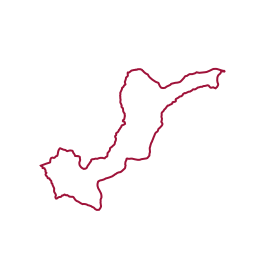 outline of Dungna, Chhukha, Bhutan, rotated 209°
{"feature_id": "84629894B53394150042816", "entity_name": "Dungna", "entity_type": "district", "adm_level": 2, "iso_a3": "BTN", "parent_name": "Bhutan", "parent_adm1": "Chhukha", "projection": "robinson", "projection_center": [89.368, 27.082], "detail": "fine", "context": "isolated", "style": "outline", "palette": "rose", "viewbox_px": 256, "rotation_deg": 209, "n_neighbors": 0, "source": "geoboundaries", "source_scale": "gbopen_adm2", "svg_char_len": 5840}
<svg xmlns="http://www.w3.org/2000/svg" viewBox="0 0 256 256"><g transform="rotate(209 128 128)"><path d="M70.6,205.2L70.3,206.4L70.0,207.1L70.0,209.0L70.1,209.5L70.7,210.4L71.5,211.0L72.0,211.5L73.0,212.8L74.1,215.0L74.4,215.8L74.6,217.4L74.5,218.4L73.9,219.8L73.7,220.7L73.7,221.2L73.9,222.5L73.7,222.9L71.6,223.9L71.1,224.1L71.1,224.4L71.6,224.6L72.1,224.3L73.8,223.8L78.6,222.8L79.7,222.4L81.7,221.2L82.3,220.6L84.4,217.6L86.3,215.2L87.7,214.1L92.4,210.8L95.0,210.0L96.0,208.2L96.8,207.4L97.9,206.3L100.3,204.9L101.1,203.5L101.6,202.3L102.9,201.2L103.2,200.6L103.3,199.1L104.0,196.1L104.5,194.3L104.8,193.7L105.1,193.2L106.7,191.7L108.6,190.4L111.2,188.0L111.7,187.4L111.8,186.5L112.2,185.8L114.3,182.9L114.8,181.7L115.1,181.1L116.7,179.9L118.1,179.4L118.9,179.4L120.6,180.2L123.3,182.2L126.3,181.8L128.8,182.0L130.1,182.1L133.5,182.8L135.0,183.4L136.6,184.4L139.1,184.3L141.6,184.8L142.3,185.2L143.1,185.2L143.9,185.6L144.4,185.6L145.7,185.4L148.0,184.1L148.3,183.8L148.5,183.2L149.5,182.8L149.8,182.3L150.7,181.8L152.8,179.9L153.1,179.2L153.3,178.5L154.2,176.8L155.0,176.5L155.0,176.0L154.4,175.0L153.7,174.1L153.5,173.6L153.5,172.8L154.0,171.8L154.1,171.3L154.1,170.9L153.7,170.0L153.5,169.2L153.1,166.8L152.5,166.0L151.4,165.0L151.4,164.6L152.0,163.4L152.0,161.6L152.5,160.6L152.6,160.0L152.3,159.6L152.1,158.6L151.8,155.0L151.6,154.6L151.1,154.1L150.5,152.3L149.9,151.7L149.3,150.5L148.1,149.0L147.8,148.1L147.2,146.8L146.7,146.3L146.0,145.9L145.2,145.2L144.5,144.7L144.2,143.8L143.7,143.2L143.2,143.0L142.5,143.0L141.7,142.4L140.3,140.3L139.0,139.4L137.9,139.0L137.1,137.6L136.7,137.3L136.5,137.0L136.4,136.3L136.1,135.6L135.6,133.9L135.6,133.5L136.0,132.8L136.1,132.4L136.0,131.9L135.8,131.5L135.5,131.4L134.5,131.6L133.7,131.5L133.2,131.0L132.6,130.2L133.1,129.2L133.8,128.2L134.6,127.4L134.7,127.1L134.7,126.6L134.5,126.1L134.5,125.6L134.7,124.4L134.7,122.7L135.0,121.8L134.8,121.0L134.9,119.6L135.7,118.0L135.8,117.5L135.7,117.3L135.2,116.7L134.9,115.9L135.3,114.8L135.2,114.4L134.9,114.0L134.6,113.7L133.5,113.1L133.3,112.7L132.8,111.6L132.6,110.8L132.6,109.6L131.9,107.5L132.0,106.6L132.6,105.1L132.8,104.2L133.8,102.0L133.9,101.6L133.8,101.4L133.3,100.2L133.1,99.2L133.7,96.0L133.1,95.0L132.9,94.3L132.5,93.5L132.5,93.0L133.4,91.6L133.7,90.2L134.9,89.7L135.8,89.5L137.8,88.4L138.9,87.4L139.9,86.2L141.6,85.4L142.6,84.4L143.4,83.8L143.8,83.6L144.4,83.0L144.7,82.2L144.3,81.3L144.3,80.4L144.5,79.9L144.5,79.2L144.7,76.7L144.9,76.0L144.9,74.3L144.8,73.9L144.8,73.4L144.9,72.7L145.8,71.5L146.3,71.3L146.7,70.8L148.4,70.7L149.9,70.9L151.7,71.7L152.2,72.0L153.2,73.1L153.9,74.4L154.0,75.0L154.1,76.1L154.5,77.1L155.2,77.9L156.0,79.2L156.4,79.4L157.8,79.3L158.4,79.1L158.8,78.7L159.1,78.7L160.6,77.9L161.8,78.8L163.0,79.5L163.7,79.7L165.1,80.9L165.6,81.1L167.4,80.5L168.3,79.9L169.9,78.3L170.3,78.2L172.1,78.4L174.2,77.7L175.2,77.7L176.0,77.5L177.1,77.5L177.6,77.3L177.8,76.8L177.9,75.9L177.9,74.7L177.5,73.1L176.6,70.6L176.4,69.4L177.3,68.3L177.8,66.5L178.3,65.9L179.7,65.5L180.5,64.7L180.7,64.1L180.6,63.0L180.0,61.3L179.6,60.7L179.5,60.2L179.8,59.7L182.1,57.3L186.0,52.8L185.8,52.7L184.0,52.6L183.8,52.5L183.2,51.6L181.9,52.2L181.4,52.2L180.7,51.6L179.7,51.1L179.2,50.4L179.0,49.7L178.4,49.4L177.8,49.3L177.6,49.2L177.7,47.7L177.6,47.4L177.3,47.1L176.6,46.6L175.8,46.5L175.0,46.2L174.6,45.9L174.0,45.3L173.4,45.3L172.8,45.7L172.3,45.8L171.4,45.1L169.5,44.5L168.2,42.8L167.4,42.6L167.1,42.5L166.7,41.9L165.7,41.1L163.3,39.4L162.1,37.0L161.5,36.3L159.2,35.0L158.4,34.2L158.1,32.4L157.2,31.6L156.6,31.4L155.8,32.2L155.5,33.2L154.7,34.3L153.6,35.0L153.3,35.3L153.0,36.2L152.9,37.0L152.0,37.7L151.5,38.7L151.1,39.1L150.6,39.0L149.7,39.1L149.2,39.3L148.8,39.8L146.9,39.8L146.5,39.6L146.0,39.6L144.1,40.4L143.1,41.0L142.4,41.1L142.0,41.0L139.2,39.6L138.3,39.4L137.5,39.3L135.6,39.5L132.7,39.3L130.8,39.4L130.1,40.0L128.5,40.7L127.3,41.0L126.7,41.1L125.8,41.0L124.5,41.4L122.1,41.8L121.3,41.6L119.6,41.8L118.5,41.6L117.6,41.2L115.8,41.2L115.3,41.4L113.7,42.4L113.5,43.5L113.4,44.7L113.5,46.1L113.9,46.9L114.3,47.3L115.3,48.7L115.9,49.4L116.1,50.1L117.0,51.6L117.3,52.2L117.4,53.5L117.7,54.9L118.2,55.4L118.5,56.1L119.9,57.7L120.2,57.9L120.9,58.3L121.5,58.8L123.4,60.0L124.9,60.9L126.6,62.6L127.5,64.2L127.9,65.6L128.1,66.3L128.1,66.8L127.7,67.3L127.7,67.6L126.8,68.8L126.0,69.4L124.4,71.0L123.7,71.9L123.0,73.1L121.6,74.4L120.2,75.9L118.1,78.4L117.8,79.4L117.2,80.2L117.0,81.0L116.2,82.2L115.7,83.4L114.5,84.8L113.5,85.5L113.3,85.9L113.0,86.1L112.4,87.5L111.2,91.1L111.2,91.6L111.3,92.1L111.6,92.7L112.0,94.2L112.8,94.8L113.7,96.9L113.8,97.3L113.9,99.2L114.3,100.0L114.0,100.9L113.1,101.1L111.7,101.8L110.5,102.7L109.5,103.2L107.0,103.9L104.3,104.8L102.9,105.5L102.0,106.2L101.3,107.1L97.2,110.3L96.5,111.1L96.3,112.1L95.9,114.2L96.6,115.6L96.9,116.5L97.1,117.6L99.3,121.0L99.6,122.5L100.1,124.3L100.5,126.6L100.4,127.8L100.7,128.9L100.7,129.8L101.1,132.4L101.2,133.7L101.5,135.7L101.5,137.1L101.3,137.8L100.6,139.1L100.5,139.7L100.9,141.9L100.8,142.3L100.3,143.5L99.6,146.4L99.6,147.6L99.7,147.9L100.2,148.7L101.8,149.5L102.0,149.9L102.0,150.7L102.3,151.2L102.7,152.5L104.1,153.9L104.4,154.5L104.8,155.7L105.6,156.9L105.8,157.6L105.8,158.1L105.2,160.2L105.2,161.8L104.7,163.0L104.5,164.6L104.4,165.7L104.1,166.9L103.6,167.1L103.3,167.5L102.5,168.8L101.5,170.1L101.2,170.8L101.2,171.1L101.5,171.8L101.5,172.1L101.3,172.4L100.8,172.9L100.2,173.2L99.6,173.8L99.2,174.5L99.3,175.0L100.1,176.0L100.1,176.7L98.5,179.2L98.2,180.4L96.6,181.8L96.4,182.7L96.2,183.0L96.3,184.3L95.9,185.2L95.4,186.0L94.6,186.3L92.6,189.1L91.4,189.9L91.1,190.6L90.6,191.2L90.4,191.7L89.8,193.4L88.2,194.2L87.5,195.2L86.5,197.3L85.7,197.9L84.5,199.2L83.1,200.0L82.6,200.9L82.3,201.3L81.3,201.9L80.5,202.6L79.2,203.9L78.1,204.2L76.5,203.6L75.4,203.3L74.7,203.6L73.2,204.9L72.8,205.0L72.3,204.9L70.6,205.2Z" fill="none" stroke="#9f1239" stroke-width="2"/></g></svg>